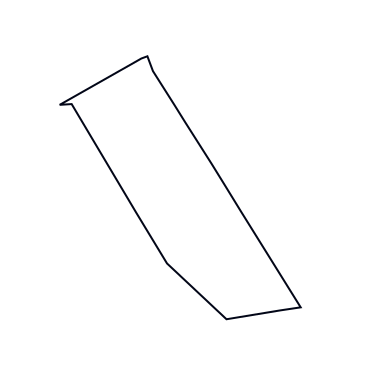 Cajueiro, Alagoas, Brazil, rotated 130°
{"feature_id": "56859067B55731035935340", "entity_name": "Cajueiro", "entity_type": "district", "adm_level": 2, "iso_a3": "BRA", "parent_name": "Brazil", "parent_adm1": "Alagoas", "projection": "robinson", "projection_center": [-36.169, -9.389], "detail": "fine", "context": "isolated", "style": "outline", "palette": "ink", "viewbox_px": 384, "rotation_deg": 130, "n_neighbors": 0, "source": "geoboundaries", "source_scale": "gbopen_adm2", "svg_char_len": 355}
<svg xmlns="http://www.w3.org/2000/svg" viewBox="0 0 384 384"><g transform="rotate(130 192 192)"><path d="M210.3,349.4L202.0,340.7L243.5,222.0L262.8,165.2L267.3,83.8L226.1,48.4L210.5,34.6L175.5,141.8L165.7,171.2L157.8,195.1L142.9,242.2L136.6,261.5L124.5,299.6L116.7,313.4L122.3,316.6L210.3,349.4Z" fill="none" stroke="#020617" stroke-width="2"/></g></svg>